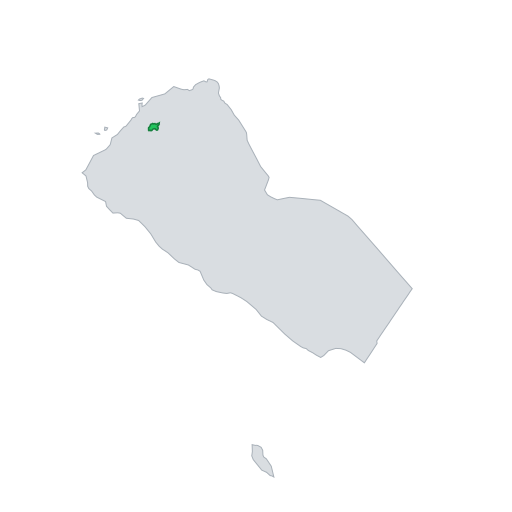 location of Bani Sa'd, Al Mahwit, Yemen, rotated 57°
{"feature_id": "15242507B10684657615911", "entity_name": "Bani Sa'd", "entity_type": "district", "adm_level": 2, "iso_a3": "YEM", "parent_name": "Yemen", "parent_adm1": "Al Mahwit", "projection": "mercator", "projection_center": [43.545, 15.235], "detail": "fine", "context": "in_parent", "style": "filled", "palette": "green", "viewbox_px": 512, "rotation_deg": 57, "n_neighbors": 0, "source": "geoboundaries", "source_scale": "gbopen_adm2", "svg_char_len": 4413}
<svg xmlns="http://www.w3.org/2000/svg" viewBox="0 0 512 512"><g transform="rotate(57 256 256)"><path d="M404.6,223.3L388.2,229.3L383.8,232.0L379.9,235.3L376.9,239.5L374.9,246.8L376.4,253.4L376.3,257.0L372.0,259.4L368.1,261.1L363.7,263.6L361.0,264.3L358.8,266.4L356.3,267.8L347.1,271.5L337.1,274.4L321.1,277.9L315.0,281.6L309.4,284.2L300.9,285.0L289.2,288.5L282.7,291.4L274.7,296.0L272.9,297.5L271.5,300.9L269.0,303.9L264.2,308.7L260.5,311.2L258.1,311.3L253.4,312.7L247.8,312.9L238.4,311.2L236.0,312.4L234.0,314.3L226.7,317.6L219.4,324.2L214.0,326.0L205.3,328.1L199.2,330.8L195.1,331.9L189.8,332.5L180.1,332.2L170.8,333.2L162.3,335.1L158.3,338.6L153.7,344.2L146.2,346.5L144.4,348.5L142.1,352.6L137.2,353.6L132.9,354.3L128.4,352.5L119.9,357.5L116.7,358.3L111.9,358.5L108.4,359.5L105.9,359.2L102.8,357.3L96.3,355.0L91.5,356.5L91.1,351.8L83.2,337.5L84.8,325.0L84.8,323.2L83.2,317.6L78.5,312.5L78.6,306.0L77.1,301.4L75.8,296.6L76.2,295.3L76.3,294.2L73.9,286.8L73.1,285.3L72.8,283.8L73.6,282.6L73.5,281.2L72.2,279.0L70.9,274.7L64.4,271.3L65.7,268.1L67.0,269.2L68.7,270.2L69.0,268.1L69.1,266.6L66.4,257.0L70.4,244.2L69.1,232.7L75.2,228.0L76.7,226.6L77.6,225.4L79.0,222.7L81.0,221.9L81.7,219.1L81.6,217.7L80.3,216.5L79.4,213.3L79.7,209.2L80.0,207.4L80.7,204.3L82.8,203.1L83.3,202.2L81.7,200.2L81.8,199.0L85.5,195.7L86.9,194.7L89.2,193.7L91.1,193.7L93.2,194.3L95.1,195.2L96.9,196.9L98.9,198.8L101.8,199.5L103.9,199.4L105.5,200.2L106.9,199.7L108.5,198.7L111.0,198.8L113.3,197.7L119.8,197.1L126.0,197.5L132.6,196.5L139.1,196.6L145.7,196.7L147.1,196.8L148.6,197.4L154.1,200.4L158.3,201.0L166.8,201.8L175.8,202.6L183.6,203.4L190.2,202.7L195.7,202.1L197.2,202.2L198.9,204.1L202.2,208.6L205.3,212.9L210.8,213.1L214.3,211.5L218.1,209.2L220.5,207.5L223.2,200.5L225.0,196.0L229.0,190.9L232.4,186.6L236.9,181.0L239.4,177.9L244.3,171.7L249.0,169.3L258.1,164.6L266.9,160.1L272.7,157.1L277.6,155.7L285.9,154.6L295.5,153.2L305.2,151.8L315.5,150.3L327.1,148.7L334.9,147.6L345.0,146.2L353.4,145.0L360.8,143.9L368.5,142.8L369.9,146.3L371.4,149.7L372.8,153.1L374.2,156.6L375.7,160.0L377.1,163.5L378.6,166.9L380.0,170.3L381.5,173.8L382.9,177.2L384.4,180.6L385.8,184.0L387.2,187.4L388.7,190.9L390.1,194.3L391.6,197.7L393.0,201.0L395.3,202.1L396.7,205.3L398.7,209.8L400.7,214.3L402.6,218.8L404.6,223.3ZM426.7,358.6L428.7,359.0L431.8,357.8L440.6,357.7L451.1,361.4L449.1,362.4L447.9,363.7L443.3,364.9L438.7,367.8L425.3,369.2L421.3,368.4L418.1,365.6L412.1,362.0L414.5,359.7L415.0,358.7L415.9,357.7L419.3,355.9L422.6,356.2L426.7,358.6ZM68.7,313.8L68.2,314.5L67.6,314.4L65.6,312.6L67.8,310.6L69.0,312.5L68.7,313.8ZM62.2,268.9L61.2,269.7L60.9,268.3L61.6,265.4L62.6,264.5L63.3,266.7L62.9,267.9L62.2,268.9ZM67.6,322.8L65.5,323.8L67.0,321.2L68.5,320.6L68.9,320.7L67.6,322.8Z" fill="#d9dde1" stroke="#a8b0b8" stroke-width="1"/><path d="M92.3,277.5L92.5,277.5L92.5,277.4L92.7,277.2L92.8,277.0L92.8,276.9L92.8,276.7L92.8,276.4L92.9,276.2L93.0,276.1L93.3,276.0L93.3,275.9L93.3,276.0L93.5,276.0L93.5,275.9L93.6,275.7L93.7,275.4L93.8,275.4L94.0,275.3L94.0,275.2L94.0,274.9L93.9,274.7L93.8,274.4L93.7,274.2L93.6,273.9L93.5,273.7L93.5,273.4L93.5,273.2L93.5,272.9L93.6,272.7L93.6,272.4L93.7,272.2L93.8,272.2L93.9,271.9L94.0,271.8L94.0,271.7L94.3,271.6L94.4,271.4L94.5,271.4L94.5,271.2L94.8,271.2L95.0,271.2L95.3,271.2L95.5,271.1L95.8,271.0L95.8,270.9L96.0,270.9L96.1,270.7L96.3,270.6L96.5,270.6L96.6,270.4L96.6,270.2L96.6,269.9L96.6,269.7L96.4,269.5L96.1,269.1L95.8,268.8L95.7,268.5L95.4,268.3L95.2,268.2L94.7,268.2L94.4,268.2L94.3,268.3L94.2,268.3L94.0,268.2L93.9,268.1L93.7,268.1L93.7,267.9L93.8,267.7L93.6,267.5L93.4,267.5L93.3,267.4L93.3,267.1L93.2,267.1L93.2,266.8L93.1,266.0L92.9,265.7L92.5,265.3L92.5,265.2L91.9,265.0L91.8,264.9L91.7,264.8L91.7,265.0L91.6,265.7L91.5,265.9L91.5,266.1L91.4,266.3L91.5,266.5L91.2,266.7L91.2,266.9L91.3,267.5L91.3,267.9L91.3,268.1L91.1,268.3L90.6,268.4L90.4,268.5L90.2,268.6L89.9,268.6L89.8,268.8L89.7,269.2L89.7,269.3L89.5,269.5L89.5,269.8L89.4,269.8L89.1,270.4L88.7,270.4L88.5,270.6L88.6,271.0L88.5,271.4L88.5,271.5L88.4,271.8L88.4,272.0L88.4,272.4L88.3,272.5L88.2,272.7L88.4,273.0L88.5,273.1L88.7,273.3L89.0,273.6L89.0,273.8L89.2,274.0L89.3,274.2L89.5,274.4L89.6,274.7L89.7,274.9L89.7,275.0L89.8,275.2L89.8,275.3L89.8,275.5L89.8,275.8L89.9,276.2L90.2,276.4L90.5,276.7L90.9,276.8L91.1,276.9L91.3,277.0L91.5,277.3L91.7,277.5L91.8,277.5L92.1,277.6L92.3,277.5Z" fill="#22c55e" stroke="#15803d" stroke-width="1.5"/></g></svg>